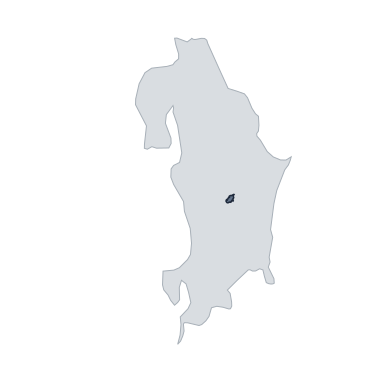 location of Alvarado, Cartago, Costa Rica, rotated 46°
{"feature_id": "36466004B14644895644866", "entity_name": "Alvarado", "entity_type": "district", "adm_level": 2, "iso_a3": "CRI", "parent_name": "Costa Rica", "parent_adm1": "Cartago", "projection": "mercator", "projection_center": [-83.805, 9.945], "detail": "fine", "context": "in_parent", "style": "filled", "palette": "slate", "viewbox_px": 384, "rotation_deg": 46, "n_neighbors": 0, "source": "geoboundaries", "source_scale": "gbopen_adm2", "svg_char_len": 3437}
<svg xmlns="http://www.w3.org/2000/svg" viewBox="0 0 384 384"><g transform="rotate(46 192 192)"><path d="M314.7,196.2L314.3,197.6L313.1,199.1L311.2,200.5L308.8,201.5L303.0,198.5L297.3,195.1L294.2,196.7L293.0,201.1L290.9,203.4L288.2,204.3L287.1,205.7L286.9,220.6L287.1,234.7L291.4,235.0L298.6,239.9L301.7,242.7L302.7,245.4L301.8,246.7L296.5,249.7L291.4,253.6L288.8,258.4L293.3,266.2L294.3,271.5L294.1,277.1L292.9,279.7L282.9,286.1L280.7,288.3L281.0,289.9L286.5,294.3L289.1,298.6L291.3,303.7L291.6,308.1L286.6,299.9L279.7,292.0L273.7,287.2L273.2,275.9L270.8,269.7L261.7,264.1L254.0,260.1L248.2,260.9L251.8,267.4L260.9,275.8L261.5,279.0L261.3,283.2L255.1,282.6L249.5,280.8L242.8,280.3L238.3,277.7L228.8,267.8L235.6,259.3L237.7,253.7L237.5,242.1L235.9,236.5L228.6,228.0L217.0,218.6L200.7,210.9L193.0,204.7L173.9,200.0L166.6,196.9L160.9,191.0L160.1,186.8L162.1,180.4L156.8,172.2L134.1,156.1L121.3,150.1L118.6,146.7L116.6,145.6L118.5,156.7L124.1,163.4L138.6,169.7L142.6,173.3L144.2,178.1L135.8,187.1L131.5,189.4L130.2,194.4L127.5,195.9L124.6,193.0L112.8,178.8L90.0,172.0L85.9,167.8L77.4,154.8L73.5,142.9L74.9,135.0L84.3,122.7L87.2,117.3L86.6,114.0L86.9,109.1L83.4,105.7L74.8,101.3L69.3,97.7L70.8,95.9L80.7,91.2L81.3,86.8L81.3,85.4L82.9,85.1L84.3,84.0L85.2,82.8L87.9,78.6L90.3,76.3L93.0,75.9L96.4,77.6L108.9,82.1L122.8,87.1L142.6,94.1L150.8,89.6L157.8,86.1L162.8,86.6L173.4,90.7L179.8,92.0L183.7,91.6L190.5,97.5L194.3,101.9L194.9,104.9L196.9,106.5L202.2,106.8L215.2,109.8L223.2,109.2L230.4,106.1L234.3,102.2L235.6,96.2L237.4,99.2L239.5,103.9L240.5,109.9L249.8,130.0L257.3,141.2L273.6,161.6L280.6,165.4L292.5,181.8L296.6,184.5L299.0,189.3L311.3,193.3L314.7,196.2Z" fill="#d9dde1" stroke="#a8b0b8" stroke-width="1"/><path d="M223.0,163.5L222.9,163.5L222.7,163.7L222.7,163.8L222.6,164.0L222.5,164.3L222.5,164.5L222.4,164.7L222.3,164.9L222.3,165.0L222.2,165.3L222.2,165.5L222.1,165.8L222.0,166.2L221.9,166.3L221.5,166.4L221.2,166.9L221.2,167.0L221.2,167.3L220.9,167.7L220.9,167.9L220.9,168.0L221.0,168.2L221.1,168.3L221.3,168.3L221.5,168.5L221.8,168.7L221.9,168.8L221.7,169.0L221.6,169.3L221.4,169.4L221.3,169.5L221.4,169.8L221.6,170.0L221.7,170.6L221.7,170.9L221.8,171.1L221.8,171.4L221.8,171.5L221.7,171.6L221.6,171.8L221.7,172.0L221.6,172.3L221.8,172.3L221.8,172.2L222.0,172.1L222.3,172.0L222.4,172.3L222.3,172.5L222.2,172.7L222.2,172.8L222.1,173.0L221.9,173.0L221.9,173.3L222.0,173.3L222.0,173.5L222.2,173.8L222.3,173.8L222.5,174.0L222.8,174.0L223.0,174.1L223.3,174.2L223.7,174.2L223.8,174.2L224.0,174.2L224.3,174.1L224.5,173.9L224.6,173.7L224.8,173.5L224.8,173.4L225.0,173.2L225.0,172.9L225.0,172.7L225.3,172.6L225.2,172.6L225.3,172.4L225.4,172.2L225.4,171.9L225.4,171.7L225.5,171.6L225.6,171.8L225.7,172.0L225.8,172.2L225.8,171.9L225.8,171.7L226.0,171.5L226.1,171.4L226.2,171.2L226.2,170.9L226.2,170.7L226.3,170.7L226.3,170.4L226.3,170.2L226.2,170.2L226.1,169.9L226.0,169.6L225.9,169.6L225.9,169.4L225.8,169.2L225.7,169.1L225.8,168.9L226.0,168.9L226.2,168.7L226.3,168.7L226.5,168.6L226.9,168.6L226.8,168.4L226.7,168.3L226.7,168.2L226.3,168.1L226.2,168.1L226.0,167.9L225.9,167.9L225.8,167.7L225.7,167.4L225.4,167.2L225.4,166.9L225.3,166.7L225.2,166.7L225.2,166.4L225.2,166.2L225.0,165.9L224.9,165.8L224.7,165.7L224.4,165.6L224.2,165.5L224.1,165.4L223.9,165.4L223.7,165.2L223.4,165.0L223.4,164.8L223.3,164.7L223.2,164.6L223.2,164.4L223.2,164.2L223.1,163.9L223.0,163.6L223.0,163.5Z" fill="#64748b" stroke="#1e293b" stroke-width="1.5"/></g></svg>